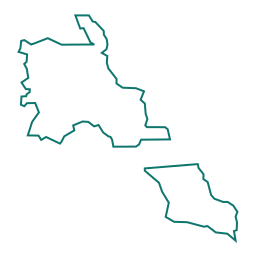 St. Martin, Louisiana, United States of America (Mercator projection)
{"feature_id": "52423323B3769936214170", "entity_name": "St. Martin", "entity_type": "district", "adm_level": 2, "iso_a3": "USA", "parent_name": "United States of America", "parent_adm1": "Louisiana", "projection": "mercator", "projection_center": [-91.637, 30.099], "detail": "fine", "context": "isolated", "style": "outline", "palette": "teal", "viewbox_px": 256, "rotation_deg": 0, "n_neighbors": 0, "source": "geoboundaries", "source_scale": "gbopen_adm2", "svg_char_len": 1456}
<svg xmlns="http://www.w3.org/2000/svg" viewBox="0 0 256 256"><path d="M18.6,51.9L27.1,54.4L26.6,61.7L24.2,64.0L26.9,69.0L27.5,73.4L28.3,77.9L21.5,82.5L25.9,89.1L29.8,89.3L29.6,92.2L26.7,94.2L26.2,96.2L21.5,96.5L20.9,104.7L24.3,106.2L26.9,103.2L35.2,103.0L38.9,112.4L33.8,119.5L32.0,122.2L30.2,127.9L27.8,135.4L38.5,135.6L41.2,139.9L44.3,138.1L46.1,137.0L52.2,139.9L60.0,143.6L61.3,142.0L64.3,136.3L74.3,130.4L73.2,125.4L82.6,121.5L88.3,121.9L94.2,126.4L98.5,125.0L103.2,132.5L108.5,136.4L110.5,136.9L112.1,139.8L113.4,146.7L136.0,146.6L139.1,144.4L141.1,139.7L170.0,139.4L167.7,129.3L165.1,127.2L146.8,127.1L145.3,125.3L147.4,119.0L145.7,114.0L144.8,103.5L140.6,99.8L144.0,91.3L135.9,88.2L122.6,87.7L116.5,83.5L116.5,78.9L108.4,68.5L106.8,62.8L107.3,56.0L101.8,52.9L106.4,49.3L107.5,44.6L106.7,39.1L103.9,34.8L103.7,30.9L95.3,22.0L92.7,21.5L88.9,15.4L75.4,15.4L80.2,28.5L83.6,28.2L90.5,42.5L94.3,44.5L73.3,44.6L61.6,44.7L47.8,38.2L34.1,43.5L33.3,43.8L32.8,44.0L32.3,43.9L31.7,44.2L31.4,44.5L31.2,44.5L31.0,44.4L24.3,40.1L21.2,40.9L20.4,48.2L18.6,51.9ZM144.8,168.4L144.8,170.7L159.0,182.8L162.1,191.7L168.8,202.7L165.7,216.9L174.1,221.8L187.1,222.2L204.0,226.7L207.5,226.1L215.8,232.4L227.3,233.7L235.6,240.6L234.0,231.1L236.7,230.1L237.0,222.3L235.6,216.6L237.4,211.9L233.3,205.6L227.5,201.9L223.3,202.0L214.3,198.7L211.1,195.0L207.7,182.1L203.4,179.1L203.5,174.2L198.6,168.0L197.7,164.1L144.8,168.4Z" fill="none" stroke="#0f766e" stroke-width="2"/></svg>